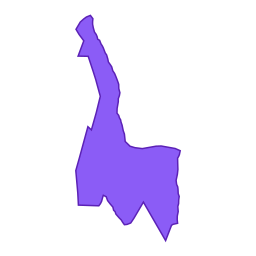 Nova Londrina, Paraná, Brazil
{"feature_id": "56859067B43615120098255", "entity_name": "Nova Londrina", "entity_type": "district", "adm_level": 2, "iso_a3": "BRA", "parent_name": "Brazil", "parent_adm1": "Paraná", "projection": "equal_earth", "projection_center": [-52.953, -22.751], "detail": "fine", "context": "isolated", "style": "filled", "palette": "violet", "viewbox_px": 256, "rotation_deg": 0, "n_neighbors": 0, "source": "geoboundaries", "source_scale": "gbopen_adm2", "svg_char_len": 1359}
<svg xmlns="http://www.w3.org/2000/svg" viewBox="0 0 256 256"><path d="M76.0,29.3L79.1,34.5L83.8,40.8L78.1,56.1L88.2,56.3L93.2,71.5L95.7,79.4L100.3,96.3L96.2,112.9L91.4,129.9L87.9,126.7L79.5,157.5L75.8,170.6L77.8,193.2L78.4,205.1L98.8,205.8L100.4,203.7L101.6,201.3L102.7,197.2L103.3,195.3L106.2,196.7L107.6,200.6L110.4,204.2L112.9,207.1L113.6,210.2L115.1,211.7L115.9,214.1L119.2,217.9L121.2,219.9L122.8,222.5L124.4,224.7L127.1,224.4L130.7,223.0L132.0,221.1L134.0,218.1L143.4,202.1L165.6,240.6L171.5,225.3L173.1,224.3L177.6,223.3L177.2,219.5L177.3,216.0L178.2,211.6L177.8,206.5L178.6,203.7L178.7,200.1L179.2,196.4L178.2,193.6L178.0,189.2L177.7,186.8L176.6,184.4L176.1,180.3L177.4,174.2L177.9,169.5L177.7,162.9L177.6,158.1L178.6,156.5L179.4,154.6L180.2,150.7L175.2,148.5L161.2,146.0L156.0,146.2L142.3,148.6L135.0,147.7L130.0,146.2L125.2,141.5L124.4,134.0L123.2,130.6L122.1,125.2L121.0,122.0L120.6,119.8L119.5,118.0L118.7,115.4L117.0,113.2L117.1,108.6L118.3,101.7L118.3,98.7L119.4,95.6L119.9,92.7L118.8,88.6L118.7,84.3L117.5,80.8L116.1,77.1L114.6,73.5L112.8,70.8L111.7,66.8L110.4,64.8L108.4,62.0L107.8,59.0L106.6,54.9L105.2,52.9L103.3,47.9L102.3,45.9L101.0,43.9L99.6,40.3L97.7,39.2L97.1,36.6L96.1,34.3L94.5,32.1L93.3,27.8L92.6,24.2L92.6,21.8L92.9,18.7L90.4,15.4L86.4,17.0L83.8,18.9L80.3,22.0L76.0,29.3Z" fill="#8b5cf6" stroke="#5b21b6" stroke-width="1.5"/></svg>